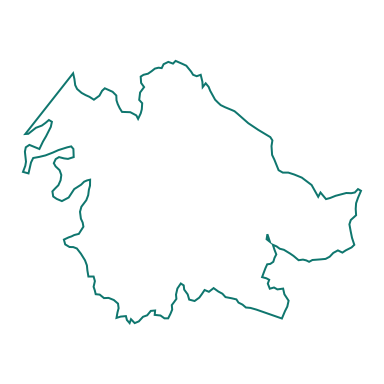 the district of Rio Branco do Ivaí, Paraná, Brazil
{"feature_id": "56859067B77657605761847", "entity_name": "Rio Branco do Ivaí", "entity_type": "district", "adm_level": 2, "iso_a3": "BRA", "parent_name": "Brazil", "parent_adm1": "Paraná", "projection": "equal_earth", "projection_center": [-51.343, -24.343], "detail": "fine", "context": "isolated", "style": "outline", "palette": "teal", "viewbox_px": 384, "rotation_deg": 0, "n_neighbors": 0, "source": "geoboundaries", "source_scale": "gbopen_adm2", "svg_char_len": 3155}
<svg xmlns="http://www.w3.org/2000/svg" viewBox="0 0 384 384"><path d="M88.4,276.5L93.6,276.5L94.9,281.1L93.6,286.8L94.8,290.4L95.7,294.2L99.7,294.6L104.0,298.1L108.6,297.9L113.8,300.0L118.0,303.6L118.6,308.2L117.5,312.4L116.5,317.9L120.6,316.6L125.9,316.1L126.9,320.0L129.6,323.1L131.0,319.2L134.7,323.1L138.8,321.4L143.0,316.8L147.2,315.3L150.8,310.9L155.1,310.5L154.7,314.9L160.5,315.5L164.4,318.3L168.2,318.3L170.5,313.7L172.2,309.6L171.8,305.1L174.0,302.2L176.4,298.9L176.0,294.6L177.4,288.5L180.8,283.5L183.7,285.4L184.2,289.6L187.7,294.4L189.2,299.6L194.6,301.0L199.3,297.6L201.8,294.2L204.6,290.0L208.9,291.8L213.6,288.1L218.3,291.5L222.4,293.7L225.5,297.1L231.8,298.3L236.4,299.4L238.5,302.6L242.5,304.6L245.9,307.5L250.4,307.9L256.4,309.6L281.9,318.5L285.0,311.1L287.3,306.6L288.6,300.7L284.4,294.3L283.1,288.6L277.4,289.4L274.0,287.5L269.8,288.7L267.8,283.6L269.2,279.8L266.4,278.3L262.1,277.1L263.5,273.3L265.4,268.3L267.2,264.3L270.3,263.9L273.3,261.8L274.5,257.9L276.3,254.4L274.5,249.8L272.9,244.8L276.6,246.4L279.7,248.7L283.9,249.8L290.0,253.5L293.5,255.9L298.6,260.2L303.0,259.6L306.3,260.4L309.1,261.8L312.4,260.0L320.3,259.4L325.6,258.9L329.7,256.7L333.3,252.9L337.9,250.4L342.4,252.6L345.7,250.4L351.6,247.4L354.3,244.8L352.0,237.8L350.6,230.9L349.4,224.3L350.8,220.0L356.1,215.2L355.7,208.9L356.1,203.2L358.0,197.8L361.0,190.8L358.0,189.1L354.8,192.5L351.2,193.2L346.3,193.0L335.6,195.8L330.1,198.0L326.0,199.1L320.5,192.5L318.2,196.8L311.6,185.0L301.8,177.6L294.2,174.5L288.3,172.6L282.8,172.6L278.6,170.2L274.3,159.5L272.1,154.9L271.5,146.1L272.4,140.4L270.3,137.1L258.3,129.9L248.3,123.2L243.5,119.0L237.6,113.8L234.5,111.2L231.5,109.9L225.0,107.2L220.7,105.1L217.9,102.5L215.1,99.7L210.2,90.8L208.6,86.8L205.7,83.3L202.7,87.1L202.4,81.8L200.7,74.8L196.7,76.2L193.1,74.8L191.1,71.6L186.3,65.7L182.0,63.7L175.6,60.9L173.0,63.6L168.3,61.9L163.6,64.2L161.7,68.1L158.5,67.7L154.9,68.6L151.6,71.2L148.0,73.7L143.5,74.8L140.7,76.6L141.1,82.9L144.1,87.1L140.1,92.5L139.2,99.9L142.2,103.2L141.8,109.3L140.7,113.4L138.1,118.9L136.3,115.4L130.3,112.2L122.0,111.9L119.7,108.2L117.7,104.0L116.5,100.3L116.3,95.5L112.6,91.8L108.2,89.8L104.8,88.3L102.1,90.8L99.4,95.7L93.9,99.7L89.4,96.8L85.6,95.1L81.6,92.9L77.1,89.0L75.2,85.1L74.4,79.0L73.1,73.3L25.3,134.0L28.3,133.8L35.9,127.8L41.8,125.6L45.5,122.9L48.9,120.0L51.9,121.8L50.8,126.9L46.1,136.2L43.0,141.5L39.4,149.0L29.4,144.9L25.8,147.3L24.9,151.7L26.0,161.7L25.3,165.8L23.0,171.9L28.5,173.4L31.0,162.5L33.2,158.0L39.3,156.9L45.5,155.4L52.8,152.6L58.4,150.1L67.3,147.3L71.2,146.4L73.4,149.0L73.7,157.1L68.0,158.9L64.1,158.4L59.0,157.1L55.7,159.1L53.8,163.2L55.6,166.4L59.6,170.2L61.3,175.0L60.6,180.2L58.4,185.2L54.9,188.7L52.4,191.4L53.2,196.5L56.7,198.9L61.9,201.1L68.7,197.5L74.2,189.1L81.1,184.7L84.1,181.7L87.1,180.4L90.1,179.7L90.0,185.7L88.9,189.7L88.2,195.2L86.3,200.2L81.4,206.7L80.0,211.8L80.9,218.7L82.7,222.6L83.4,226.7L78.8,233.9L74.3,235.0L71.5,236.4L68.6,237.4L63.9,239.6L65.2,244.4L69.5,247.0L73.3,247.1L76.9,248.5L80.9,253.7L85.0,260.3L86.9,265.4L87.4,270.5L88.4,276.5ZM269.9,241.8L266.6,239.2L267.4,234.2L269.9,241.8Z" fill="none" stroke="#0f766e" stroke-width="2"/></svg>